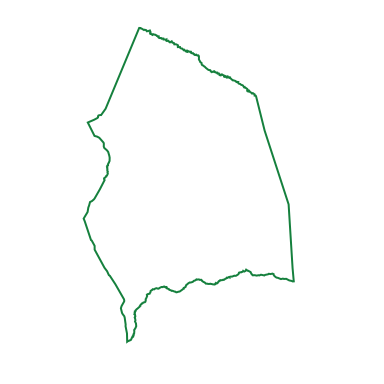 outline of Chadiza, Eastern, Zambia, rotated 277°
{"feature_id": "96606910B44569696961001", "entity_name": "Chadiza", "entity_type": "district", "adm_level": 2, "iso_a3": "ZMB", "parent_name": "Zambia", "parent_adm1": "Eastern", "projection": "albers", "projection_center": [32.572, -14.108], "detail": "fine", "context": "isolated", "style": "outline", "palette": "green", "viewbox_px": 384, "rotation_deg": 277, "n_neighbors": 0, "source": "geoboundaries", "source_scale": "gbopen_adm2", "svg_char_len": 6006}
<svg xmlns="http://www.w3.org/2000/svg" viewBox="0 0 384 384"><g transform="rotate(277 192 192)"><path d="M348.4,119.6L264.1,96.1L257.3,92.4L257.3,91.9L256.6,89.9L255.8,89.5L254.6,89.6L254.0,89.2L251.8,86.1L248.3,80.1L235.8,88.4L235.4,91.1L234.5,93.4L230.2,98.2L229.2,98.6L226.3,98.9L225.0,99.6L223.0,102.5L221.6,103.9L217.9,105.5L216.0,106.1L212.7,106.4L211.6,106.0L211.0,106.0L210.2,105.4L209.2,105.3L208.4,105.4L208.3,105.1L208.0,105.1L207.7,104.7L206.7,104.9L206.5,104.6L205.9,104.9L205.6,104.8L205.3,105.0L204.4,105.1L204.3,105.3L203.0,105.3L202.1,105.9L201.8,105.7L201.0,105.9L200.8,105.8L200.5,106.1L199.9,106.2L198.0,105.6L197.6,105.0L197.0,105.0L196.9,104.7L196.1,104.3L195.3,103.5L194.8,103.4L194.7,103.1L194.0,103.2L193.2,103.8L183.4,100.2L173.9,96.2L172.8,95.6L170.8,93.8L169.6,92.0L166.0,91.5L164.0,91.0L159.4,90.8L152.4,87.7L149.9,89.1L132.0,97.6L131.6,98.4L126.7,101.9L122.9,102.4L106.1,114.4L103.0,117.4L99.4,119.6L98.8,120.7L91.1,127.2L77.2,137.6L75.9,138.0L75.1,138.0L70.2,136.0L67.9,135.6L63.4,137.3L62.2,138.2L60.5,139.9L59.1,140.5L52.4,142.3L50.7,142.4L43.7,144.7L35.5,145.9L36.3,146.7L36.4,147.3L37.0,147.9L37.2,148.6L37.9,149.5L39.8,150.0L41.1,151.1L41.5,151.0L41.6,151.3L42.1,151.3L42.1,151.0L43.0,151.6L43.6,151.2L44.3,151.5L44.5,151.8L47.0,151.7L47.9,151.4L49.9,152.4L52.0,153.0L54.7,152.4L56.6,151.2L57.6,151.5L59.1,151.1L60.5,150.4L60.8,150.5L60.7,150.7L61.7,150.9L63.0,150.5L63.6,149.7L64.0,149.8L64.2,150.1L64.6,149.9L65.0,150.0L65.2,149.8L65.8,150.1L66.5,149.8L67.0,150.5L67.6,150.4L68.2,150.9L68.9,151.3L69.4,151.9L71.9,154.1L72.4,154.1L72.7,154.6L73.3,154.5L74.3,155.1L74.9,155.8L75.4,156.0L75.5,156.5L76.4,157.2L76.9,158.7L77.4,159.1L78.6,159.3L78.7,159.2L80.0,159.1L80.2,159.3L83.3,160.2L84.4,159.7L85.1,160.2L85.9,162.3L86.3,162.3L87.1,162.9L88.8,163.0L89.6,163.9L89.7,164.2L90.0,164.3L90.8,165.0L90.7,166.2L91.7,167.3L92.2,168.5L91.9,169.9L92.0,170.7L92.7,171.3L94.0,173.3L94.1,174.1L94.0,174.6L94.6,175.3L94.8,176.0L94.3,176.7L94.3,177.8L94.6,177.9L94.6,178.3L93.5,178.9L93.3,178.8L92.8,180.9L92.2,181.3L91.8,183.2L91.4,183.8L91.6,184.6L91.0,186.9L91.1,187.4L90.5,188.6L90.8,189.3L90.9,189.9L91.3,190.4L91.7,191.9L94.3,194.7L95.0,195.2L95.1,195.6L95.8,195.5L96.2,196.2L97.2,197.3L98.0,197.3L99.3,197.8L99.7,198.5L100.8,199.3L101.9,200.7L102.0,201.7L102.8,203.6L104.1,204.7L104.4,205.6L105.0,206.3L105.1,206.6L105.8,207.0L105.9,207.3L105.7,207.9L106.1,209.5L105.7,210.5L106.0,211.8L105.4,212.4L105.3,212.8L104.9,212.9L104.0,214.6L103.9,215.4L102.7,217.0L102.9,218.0L102.7,219.2L102.9,220.6L103.2,221.3L103.0,222.1L103.1,222.6L102.9,223.6L102.9,225.6L103.2,226.2L103.6,226.1L104.7,226.8L104.2,227.7L104.4,228.1L104.9,228.6L106.0,229.0L106.4,229.5L106.8,229.5L107.2,230.3L107.7,230.5L107.7,231.0L108.0,231.2L108.1,232.5L108.8,233.7L108.6,234.1L108.9,234.7L110.0,235.7L110.3,236.4L111.2,237.0L111.0,237.5L112.0,238.9L111.9,239.2L112.1,239.1L112.7,240.6L113.0,242.3L114.1,244.2L114.0,244.9L114.3,246.0L115.8,247.8L116.7,248.4L117.5,248.4L117.8,248.6L118.2,249.9L118.2,250.5L118.6,250.8L118.8,251.6L119.3,252.2L119.9,252.4L119.5,253.0L119.4,253.6L120.2,254.7L121.5,255.2L120.9,256.2L120.9,256.7L120.6,257.0L120.6,257.6L120.0,259.0L119.8,259.8L117.9,261.0L117.3,262.0L116.8,262.2L116.7,262.5L117.1,264.4L116.9,266.3L117.5,268.2L117.4,269.0L118.3,270.5L118.0,274.0L118.6,274.6L119.6,277.6L120.2,278.2L120.1,279.8L120.8,281.9L120.4,283.0L119.9,283.0L118.8,283.9L117.7,285.5L117.3,286.5L117.3,287.5L116.4,290.9L117.1,292.8L116.9,293.8L117.3,296.1L116.1,299.3L115.9,301.6L115.5,302.9L115.7,303.9L128.7,301.1L191.5,289.4L261.8,256.6L294.6,244.0L295.4,243.5L295.5,243.2L295.3,243.1L295.3,242.4L296.6,242.2L297.1,241.0L297.4,240.8L297.5,240.0L297.1,239.9L297.0,239.6L297.7,239.0L298.1,237.8L298.8,237.1L298.9,236.7L298.6,236.5L298.6,236.2L299.3,236.5L299.7,236.2L299.8,235.8L299.5,235.2L299.7,234.8L299.3,234.8L299.1,234.5L299.2,234.4L300.6,234.5L301.0,234.3L301.9,232.6L302.0,231.8L302.6,231.5L302.3,230.9L303.9,229.6L304.2,228.9L304.3,227.9L305.1,226.6L305.2,225.5L305.5,224.9L306.3,224.3L306.8,224.4L306.8,223.6L306.5,223.2L306.5,222.9L306.9,222.2L307.4,221.9L307.6,221.2L307.9,219.3L307.8,218.9L308.2,218.5L308.3,218.0L309.5,216.5L309.7,215.7L310.2,215.7L310.1,215.3L310.3,215.2L310.2,214.7L310.5,214.6L310.5,214.3L310.3,214.3L310.0,213.7L309.8,212.4L310.2,212.1L310.9,212.4L310.7,211.7L310.9,211.3L310.4,211.2L310.2,210.1L310.4,209.8L311.1,210.0L311.1,209.6L311.7,209.3L312.0,207.6L312.4,207.3L312.1,206.6L311.3,206.4L311.2,205.9L311.5,205.0L312.1,204.9L313.0,204.2L313.0,203.8L312.6,203.3L312.6,202.9L313.1,202.3L313.6,202.3L313.5,200.9L314.6,199.4L314.5,199.1L313.9,199.0L314.1,198.3L313.4,197.1L313.7,196.8L313.9,196.0L314.2,196.0L315.1,195.3L315.2,193.4L316.9,190.6L317.9,189.4L318.0,189.0L318.9,187.7L319.1,186.7L320.0,186.0L321.2,185.8L321.5,185.4L321.9,184.4L322.7,184.0L324.4,182.7L327.2,182.4L327.6,182.1L328.1,182.0L328.4,181.6L328.1,180.7L328.8,179.5L328.4,179.2L328.4,177.8L329.1,177.5L329.2,176.6L329.9,176.1L329.7,175.0L329.9,174.3L330.1,174.0L330.7,174.1L331.1,173.9L331.1,173.5L330.7,173.1L331.0,172.7L331.2,171.4L331.8,170.0L331.7,169.6L331.4,170.0L330.5,170.2L330.6,169.2L331.7,167.5L332.3,166.9L332.2,166.7L331.9,166.9L331.7,166.6L333.2,164.7L333.1,163.9L333.4,163.0L333.9,162.5L334.4,162.4L334.1,160.3L335.0,160.1L335.8,160.3L336.0,160.1L336.6,158.5L336.6,157.3L336.4,156.8L336.4,156.4L337.5,156.1L337.8,155.5L337.8,154.4L339.1,153.5L338.3,152.5L338.0,152.3L337.8,151.9L338.0,151.5L338.6,151.0L338.6,150.5L339.3,149.9L339.3,149.5L338.8,148.7L338.9,148.2L339.2,147.9L340.2,147.9L339.8,147.3L340.1,146.7L339.9,145.2L340.8,144.9L340.4,143.3L340.6,142.9L341.0,142.9L341.1,142.4L340.8,140.8L341.4,139.8L342.4,140.0L342.6,138.1L343.2,137.7L343.3,136.9L343.7,136.1L343.6,135.6L343.9,134.2L343.2,133.9L343.0,133.6L343.8,132.5L343.8,131.4L344.7,130.9L345.1,131.4L345.6,131.4L347.2,130.5L346.5,129.1L346.0,127.6L346.4,127.2L347.0,126.9L347.3,125.2L346.9,124.6L348.0,122.2L348.1,121.3L348.5,121.0L348.4,119.6Z" fill="none" stroke="#15803d" stroke-width="2"/></g></svg>